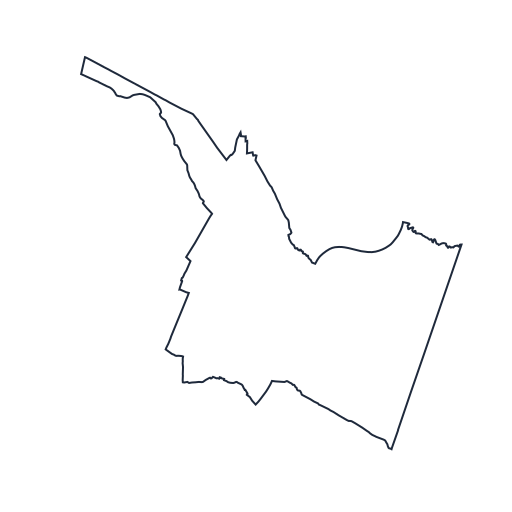 Pak Kret, Nonthaburi, Thailand (Equal Earth projection), rotated 9°
{"feature_id": "78962969B33148689371757", "entity_name": "Pak Kret", "entity_type": "district", "adm_level": 2, "iso_a3": "THA", "parent_name": "Thailand", "parent_adm1": "Nonthaburi", "projection": "equal_earth", "projection_center": [100.484, 13.936], "detail": "fine", "context": "isolated", "style": "outline", "palette": "slate", "viewbox_px": 512, "rotation_deg": 9, "n_neighbors": 0, "source": "geoboundaries", "source_scale": "gbopen_adm2", "svg_char_len": 6074}
<svg xmlns="http://www.w3.org/2000/svg" viewBox="0 0 512 512"><g transform="rotate(9 256 256)"><path d="M203.5,392.2L204.8,392.2L208.0,391.1L209.4,391.8L210.0,391.8L212.4,391.0L216.0,390.2L219.3,389.3L221.9,389.1L223.0,388.8L223.5,388.5L225.7,386.3L229.2,383.6L229.7,383.4L230.5,384.0L231.2,383.8L232.4,382.1L234.7,382.6L236.0,383.0L237.0,382.7L238.8,382.9L239.1,381.4L239.3,381.4L240.3,381.6L240.3,382.1L243.7,382.4L243.6,383.4L243.7,383.6L246.5,384.2L248.1,385.0L249.9,385.2L250.9,385.2L253.4,385.0L254.5,384.5L256.0,383.5L256.7,383.4L257.9,384.0L261.7,385.1L262.4,385.5L263.1,386.2L264.9,388.9L265.7,389.5L265.9,390.1L266.5,390.0L269.1,393.1L269.2,393.5L268.6,394.1L268.6,394.5L272.0,396.3L274.8,399.5L278.9,402.8L281.2,399.4L282.9,396.4L287.1,388.4L288.5,385.2L290.2,380.8L290.9,378.5L291.3,376.9L294.8,376.8L303.7,376.0L304.9,375.4L305.7,374.8L306.3,374.7L307.2,375.0L309.1,375.8L310.9,376.3L312.5,377.5L313.5,377.3L314.0,377.4L315.6,379.4L316.4,379.6L316.7,379.8L317.3,381.3L318.1,382.1L318.7,382.3L320.2,382.2L320.9,382.6L322.2,384.4L322.7,385.5L323.1,385.9L332.2,389.0L336.1,390.7L340.3,391.9L341.5,393.0L342.7,393.2L351.6,395.9L353.6,396.9L356.8,397.9L362.5,400.4L371.3,403.8L373.3,404.4L374.8,404.2L376.2,404.2L380.2,405.7L388.2,409.1L392.9,411.4L395.0,412.3L396.2,413.2L398.8,414.5L401.6,415.3L403.1,415.8L410.8,417.4L412.2,417.9L412.6,418.2L414.0,420.0L415.2,421.4L415.9,423.1L416.9,424.7L417.5,425.1L419.0,425.2L420.1,425.6L420.3,424.0L423.4,407.0L423.6,405.8L423.5,405.5L430.3,366.0L437.1,327.7L457.2,212.5L456.5,212.6L455.6,213.0L455.5,213.5L455.6,214.7L455.4,214.9L454.6,215.0L454.1,214.7L453.6,214.2L453.3,214.2L450.8,215.1L450.5,215.3L449.8,216.4L449.5,216.7L448.3,216.6L447.2,217.2L446.0,216.4L445.4,216.3L445.1,216.6L444.8,217.5L444.5,217.8L444.2,217.8L444.0,217.6L443.4,216.4L442.6,216.2L442.3,215.9L442.1,215.7L442.1,214.9L441.9,214.4L441.6,214.1L441.2,214.0L439.4,213.9L438.0,214.3L437.1,214.8L435.7,215.9L434.8,216.5L433.8,215.7L432.7,215.6L432.3,215.4L430.5,212.1L429.8,211.5L429.5,211.6L429.2,212.0L429.0,212.9L428.9,214.4L428.7,214.8L428.1,214.6L427.0,212.4L426.6,212.0L426.2,212.0L425.3,212.7L424.8,212.7L422.1,211.1L420.6,210.9L419.1,210.1L417.3,209.6L416.2,208.6L415.9,208.4L414.9,208.4L413.3,208.3L411.2,208.6L410.5,208.6L410.2,208.4L410.1,208.2L409.8,206.6L409.4,206.3L409.0,206.4L408.3,207.5L408.0,207.6L407.7,207.5L406.6,206.5L406.3,206.0L406.4,205.1L406.9,203.8L406.9,203.4L406.7,203.2L406.2,203.2L404.7,204.0L404.0,204.2L402.8,205.5L402.6,205.6L402.3,205.6L402.0,205.3L401.7,204.0L401.1,203.0L401.0,202.6L401.1,202.1L402.4,200.8L402.5,200.4L402.3,200.1L401.9,199.9L399.6,199.7L395.9,199.5L395.9,200.9L395.7,203.6L395.4,205.4L394.9,207.7L393.6,212.0L392.9,213.9L391.6,216.3L388.8,221.2L387.2,223.5L385.7,225.0L382.7,227.7L379.7,229.8L376.5,231.6L373.4,233.0L370.0,234.0L367.4,234.4L365.6,234.6L359.1,234.8L346.1,233.7L342.0,233.6L339.3,233.7L336.4,234.1L332.6,235.0L330.0,236.1L327.5,237.7L324.6,240.2L321.7,243.2L319.7,245.7L318.5,247.5L317.1,250.5L315.7,254.4L312.3,253.7L310.7,251.4L308.9,250.3L308.1,249.6L307.8,249.0L307.5,248.1L307.3,247.6L306.9,247.5L305.9,247.9L305.7,247.7L305.1,246.9L304.7,246.6L304.0,246.3L302.7,246.2L302.0,246.0L301.7,245.6L301.7,244.7L301.6,244.3L301.4,244.2L300.2,244.0L299.6,243.1L299.2,242.8L298.8,242.8L298.5,242.9L298.2,243.7L297.9,243.8L296.4,243.2L295.7,242.0L295.4,241.8L295.2,241.8L294.3,242.4L293.5,242.3L293.2,242.0L292.6,240.8L291.6,239.3L290.6,239.0L289.1,237.8L288.5,237.2L286.1,233.9L285.9,233.2L285.6,232.0L285.1,231.4L284.9,230.9L284.7,230.1L286.3,229.1L287.2,227.8L287.3,227.3L286.0,224.8L284.5,223.1L283.2,217.9L282.3,215.6L281.6,214.9L279.1,212.8L278.2,211.7L273.0,204.4L272.5,203.4L271.0,200.6L268.0,196.6L264.9,191.5L262.7,188.8L260.8,185.8L260.2,185.2L258.9,184.3L255.6,180.5L252.0,175.5L245.0,166.9L240.7,161.8L240.5,161.5L240.5,161.1L240.8,156.7L239.5,156.5L238.1,157.1L237.6,157.3L237.4,157.0L236.4,154.1L231.0,156.1L230.7,153.3L230.4,151.1L229.8,147.3L229.8,146.2L229.3,143.7L227.8,144.4L227.2,141.1L227.5,140.9L227.1,139.4L226.3,139.7L222.4,140.0L222.2,138.7L221.4,136.3L220.8,137.8L220.3,139.9L218.9,143.8L218.5,152.0L218.6,155.3L218.5,155.7L217.0,158.8L216.0,160.1L215.8,160.2L215.3,160.1L214.5,161.1L211.8,165.8L200.7,155.2L195.8,150.0L180.9,134.7L178.0,131.7L177.3,130.6L176.2,129.9L171.6,125.8L170.2,125.3L159.3,122.2L146.5,117.9L142.4,116.3L140.6,115.8L132.7,112.9L130.6,112.3L126.1,110.6L98.5,101.0L90.9,98.2L84.3,96.0L81.1,94.8L76.5,93.3L58.1,86.9L56.0,86.4L54.8,103.7L71.0,108.2L73.0,108.6L73.7,109.0L75.2,109.5L82.3,111.7L85.2,112.4L87.1,113.3L88.9,114.5L90.2,115.6L90.6,116.2L91.2,116.7L92.1,118.0L93.3,119.2L93.8,119.4L96.0,119.6L97.1,119.4L101.6,120.1L103.7,120.1L104.9,119.7L106.4,119.0L109.0,116.7L110.3,116.0L115.8,114.1L117.5,114.0L118.9,114.0L120.9,114.3L123.0,114.8L126.7,115.8L132.8,119.8L133.8,121.2L136.3,123.4L138.5,126.0L138.9,126.7L139.5,128.0L139.8,129.1L139.7,129.5L138.9,130.5L138.8,130.9L139.7,132.8L141.4,134.3L145.0,136.1L145.6,136.7L148.6,141.6L154.9,149.7L156.6,152.9L157.2,154.5L157.7,156.4L157.7,157.9L158.0,158.5L158.5,158.9L160.7,159.1L162.8,161.3L164.5,163.9L165.6,167.0L166.3,168.5L167.1,169.7L168.4,171.4L170.3,173.5L173.5,176.4L173.9,177.4L174.8,182.0L176.5,184.9L177.5,187.2L178.4,188.7L180.3,190.9L181.0,191.9L182.6,193.2L183.5,194.2L184.6,195.9L185.8,198.5L188.1,201.0L189.4,202.9L190.0,203.9L190.8,205.8L191.4,206.7L192.5,207.8L194.6,209.0L195.6,209.8L195.8,210.2L195.9,210.5L195.3,211.9L195.3,212.2L199.9,216.3L205.3,220.5L206.0,221.2L204.9,223.4L203.8,226.0L193.7,252.7L187.2,268.0L192.1,271.3L189.5,281.3L188.1,284.6L187.7,286.4L187.0,288.7L186.2,289.4L185.9,291.9L186.9,292.1L187.0,292.4L185.8,298.8L185.6,301.1L185.9,301.0L186.6,301.1L192.7,302.7L195.4,303.0L194.7,306.5L193.8,310.3L191.4,320.6L188.3,333.6L184.7,348.9L184.4,351.0L183.1,356.5L181.8,360.5L181.4,362.4L188.3,365.9L190.3,366.3L191.9,367.0L193.0,367.1L194.8,366.7L197.2,366.5L198.6,366.5L199.7,366.7L199.7,369.0L200.2,371.8L200.3,373.4L201.0,376.0L201.3,377.2L202.2,384.4L202.5,385.7L203.0,390.1L203.5,392.2Z" fill="none" stroke="#1e293b" stroke-width="2"/></g></svg>